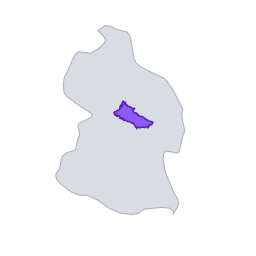 Muhanga, Southern, Rwanda shown in context, rotated 119°
{"feature_id": "39286606B71619932434084", "entity_name": "Muhanga", "entity_type": "district", "adm_level": 2, "iso_a3": "RWA", "parent_name": "Rwanda", "parent_adm1": "Southern", "projection": "robinson", "projection_center": [29.724, -1.939], "detail": "fine", "context": "in_parent", "style": "filled", "palette": "violet", "viewbox_px": 256, "rotation_deg": 119, "n_neighbors": 0, "source": "geoboundaries", "source_scale": "gbopen_adm2", "svg_char_len": 6056}
<svg xmlns="http://www.w3.org/2000/svg" viewBox="0 0 256 256"><g transform="rotate(119 128 128)"><path d="M104.0,76.7L106.7,76.6L124.6,71.8L126.3,73.3L129.2,82.7L130.7,84.0L133.2,84.4L138.2,82.2L147.4,74.9L151.4,70.4L156.1,64.2L162.1,57.1L165.5,50.9L168.8,47.3L173.1,46.3L177.9,46.5L181.2,46.6L178.5,48.1L177.9,52.6L181.0,59.8L191.3,74.8L197.8,77.5L202.0,83.3L206.2,93.1L207.4,105.3L205.7,120.0L206.7,131.0L210.5,138.1L211.5,147.4L209.7,158.9L207.5,165.7L204.9,168.0L202.0,168.8L198.1,168.1L193.3,169.0L188.0,171.2L184.8,171.5L182.7,171.1L178.9,169.2L172.8,163.3L161.4,166.6L158.3,166.5L154.1,169.3L150.8,172.8L148.7,173.0L146.6,172.6L136.8,165.6L133.2,165.8L131.7,185.4L130.1,196.3L128.1,201.1L121.1,205.8L114.0,208.5L110.2,208.3L94.6,209.7L88.6,209.7L85.2,208.1L80.9,197.1L72.6,192.1L64.7,189.8L61.5,190.4L58.7,196.3L57.5,201.5L49.8,197.9L47.5,193.5L47.3,186.0L44.5,175.8L46.1,171.5L49.1,168.7L55.4,163.3L65.1,155.9L67.2,152.3L68.5,146.4L67.9,132.6L67.0,120.9L68.1,116.8L72.5,107.8L78.5,98.6L85.4,88.8L89.5,87.9L95.0,84.2L100.8,78.7L104.0,76.7Z" fill="#d9dde1" stroke="#a8b0b8" stroke-width="1"/><path d="M122.8,144.7L122.5,144.4L122.4,144.2L122.5,144.1L122.4,143.9L122.2,143.9L122.0,143.6L121.8,143.4L121.9,143.2L122.0,143.3L122.0,143.0L122.4,142.9L122.5,142.7L122.9,142.9L122.8,142.5L122.8,142.3L122.6,142.1L122.4,142.0L122.2,141.9L121.9,141.8L121.8,141.7L121.8,141.4L121.7,141.3L121.8,141.1L122.0,140.9L122.1,140.7L122.1,140.4L122.0,140.2L122.2,139.8L122.4,139.7L122.7,139.4L123.3,139.8L123.4,139.7L123.5,139.8L123.6,139.6L123.5,139.3L123.2,139.1L123.1,138.5L122.9,138.3L123.0,138.3L123.1,138.0L123.1,137.6L122.8,137.5L122.8,137.4L122.5,137.5L122.4,137.7L122.2,137.7L121.6,136.9L122.0,136.7L122.2,136.2L122.3,136.1L122.5,135.9L122.9,135.7L123.0,135.8L123.3,135.7L123.5,135.3L123.4,135.1L123.1,135.1L122.9,134.8L122.9,134.7L122.8,134.2L122.4,133.9L122.2,133.9L122.2,133.6L122.4,133.4L122.3,132.6L122.5,132.3L122.5,132.1L122.6,131.9L122.5,131.3L122.3,130.9L122.2,130.8L122.2,130.6L121.9,130.4L121.9,130.2L121.7,130.0L121.7,129.5L121.7,129.4L121.8,129.0L121.7,128.4L121.8,128.0L121.9,127.9L121.8,127.7L121.6,126.6L121.6,126.3L121.2,126.2L121.1,125.8L121.4,125.7L121.4,125.3L121.5,125.1L121.7,124.9L121.9,124.6L122.0,124.4L122.0,124.2L122.2,123.9L122.3,123.8L122.4,123.6L122.6,123.4L122.5,123.1L122.6,122.9L122.9,122.6L123.0,122.4L123.2,122.0L123.4,122.0L123.4,121.8L123.3,121.5L123.4,121.3L123.4,121.2L123.5,121.2L123.5,120.8L123.5,120.6L123.9,120.2L123.4,120.2L122.9,120.2L122.5,120.0L122.2,119.8L122.2,119.6L122.4,119.3L122.5,118.9L122.4,118.1L122.1,117.7L121.8,117.6L121.6,117.2L121.3,117.1L120.6,116.2L120.1,116.2L119.9,115.9L120.0,115.4L119.9,114.7L119.7,114.1L119.5,113.5L118.8,112.9L118.3,112.9L118.2,112.8L118.1,112.3L117.8,112.0L118.0,111.3L118.0,111.0L118.2,110.8L118.1,110.7L117.9,110.7L117.6,110.6L117.4,110.7L117.0,110.4L116.5,110.4L116.2,110.6L115.9,111.1L115.6,111.1L115.3,110.8L115.0,110.9L114.9,110.8L114.7,110.5L114.5,110.3L114.3,110.1L114.3,109.4L113.9,109.3L113.8,109.2L113.7,109.1L113.4,108.9L113.2,108.9L113.0,109.0L112.6,108.9L111.9,109.0L111.5,108.8L111.1,108.9L110.9,109.1L110.8,109.5L111.3,109.9L111.1,110.2L111.1,110.5L111.0,110.9L111.2,111.1L111.2,111.5L111.4,111.7L111.5,111.8L111.4,112.0L111.7,112.7L111.8,112.7L111.8,112.8L111.8,113.4L112.0,113.5L111.9,113.7L112.0,114.1L111.9,114.2L111.7,114.2L111.6,114.3L111.7,114.6L111.6,115.2L111.9,115.7L111.9,115.9L111.9,116.1L111.6,116.1L111.6,116.9L111.8,116.9L111.9,117.4L111.7,117.5L111.5,117.8L111.4,118.1L111.4,118.6L111.4,118.8L111.4,119.1L111.2,119.3L111.2,119.7L111.4,120.0L111.2,120.2L111.3,120.7L111.1,121.0L111.3,121.1L111.3,121.3L111.5,121.4L111.5,121.5L111.5,121.8L111.8,122.4L111.8,122.8L111.6,123.1L111.8,123.4L111.9,124.1L112.1,124.3L112.0,124.7L112.0,124.8L111.7,124.8L111.7,125.2L111.7,125.4L112.0,125.6L111.8,125.8L111.8,126.0L111.5,126.0L111.4,126.1L111.0,126.5L111.0,126.8L111.0,127.4L111.2,127.9L110.9,128.2L111.0,128.8L111.2,129.0L111.4,129.0L111.8,129.2L111.9,129.6L112.0,130.2L111.9,130.5L111.6,130.8L111.4,131.4L110.9,131.4L110.8,131.6L110.5,131.6L110.4,131.8L110.1,131.7L110.0,131.9L109.8,131.9L109.7,132.0L109.3,131.9L109.1,132.0L108.4,131.6L108.0,131.5L107.9,131.6L107.7,132.1L108.1,132.6L108.3,132.8L108.5,132.9L108.8,133.1L108.8,133.4L109.0,133.6L108.9,133.7L108.8,133.8L108.6,134.0L108.5,134.4L108.4,134.7L108.4,134.9L108.5,135.5L108.5,135.8L108.3,136.1L108.5,136.3L108.6,136.5L108.5,136.8L108.6,137.1L108.5,137.4L108.5,137.6L108.8,138.0L108.9,138.3L109.1,138.4L109.2,138.6L109.1,138.8L109.0,139.0L108.9,139.1L109.0,139.5L108.9,139.6L108.7,139.5L108.6,139.8L108.7,140.0L108.8,140.1L108.7,140.2L109.0,140.3L108.9,140.5L108.7,140.5L108.5,140.8L108.6,141.0L108.7,141.4L108.6,141.5L108.4,141.4L108.3,141.5L108.4,142.0L108.2,141.8L108.1,142.0L107.8,142.4L107.7,142.3L107.6,142.7L107.8,142.7L107.8,142.9L107.5,143.0L107.4,143.3L107.2,143.2L107.4,143.6L107.3,144.0L107.2,144.1L107.1,143.8L107.0,143.7L106.9,143.9L107.0,144.1L107.1,144.3L107.4,144.3L107.5,144.7L107.4,144.7L107.2,144.7L107.2,144.9L107.0,145.1L107.1,145.3L107.4,145.3L107.4,145.5L107.5,145.5L107.9,145.2L108.0,145.2L108.4,145.2L108.6,145.0L108.8,145.1L109.0,145.0L109.4,145.2L109.6,145.2L109.9,145.1L110.1,145.0L110.2,144.7L110.5,145.0L110.8,145.2L111.4,145.2L111.3,144.8L111.4,144.4L111.3,143.9L111.5,143.9L111.7,144.1L111.8,144.0L111.8,143.9L112.0,143.9L112.3,143.9L112.5,143.8L112.7,144.0L112.8,144.1L112.7,144.4L112.7,144.5L112.8,144.5L112.6,144.5L112.9,145.0L113.0,145.2L113.0,145.3L113.3,145.3L113.4,145.2L113.5,145.3L113.7,145.2L113.9,145.2L114.0,145.0L114.0,144.8L114.1,144.7L114.4,144.7L114.6,144.6L114.8,144.7L115.0,144.6L115.3,144.4L115.4,144.6L115.8,144.5L116.1,144.6L116.3,144.5L116.9,145.1L117.3,145.1L117.4,145.4L118.0,145.8L118.3,146.1L118.9,146.3L119.1,146.4L119.7,146.7L119.9,147.1L120.3,147.5L120.7,147.6L121.1,147.5L121.3,147.5L121.6,147.7L121.8,147.5L121.7,147.2L121.9,147.0L122.1,146.8L121.9,146.4L121.8,146.1L122.5,146.0L122.7,145.6L122.9,145.6L123.0,145.5L123.0,145.2L122.9,145.2L122.7,144.8L122.8,144.7Z" fill="#8b5cf6" stroke="#5b21b6" stroke-width="1.5"/></g></svg>